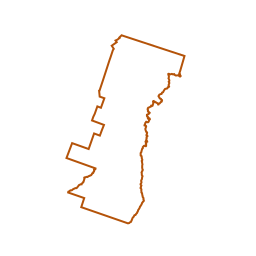 La Matanza, Buenos Aires, Argentina (Albers equal-area conic projection), rotated 336°
{"feature_id": "61730980B21366789082443", "entity_name": "La Matanza", "entity_type": "district", "adm_level": 2, "iso_a3": "ARG", "parent_name": "Argentina", "parent_adm1": "Buenos Aires", "projection": "albers", "projection_center": [-58.605, -34.773], "detail": "fine", "context": "isolated", "style": "outline", "palette": "amber", "viewbox_px": 256, "rotation_deg": 336, "n_neighbors": 0, "source": "geoboundaries", "source_scale": "gbopen_adm2", "svg_char_len": 5766}
<svg xmlns="http://www.w3.org/2000/svg" viewBox="0 0 256 256"><g transform="rotate(336 128 128)"><path d="M208.9,85.2L160.6,41.4L159.9,40.7L156.9,41.8L157.0,42.3L154.6,42.9L153.8,43.0L152.2,43.0L152.6,45.0L146.6,46.2L147.2,49.9L145.9,50.7L140.6,56.5L138.6,58.6L125.1,73.6L116.7,82.8L116.6,82.7L114.9,87.8L118.5,91.2L111.5,98.5L108.8,95.8L103.4,101.5L100.8,103.7L98.2,106.5L107.3,115.4L103.1,119.5L99.2,123.5L94.8,119.2L83.5,131.2L70.8,119.1L59.6,130.4L81.9,151.7L81.6,152.2L81.5,152.3L81.1,152.3L80.4,152.0L80.1,152.1L79.9,152.6L80.0,152.9L80.0,153.0L79.9,153.2L79.5,153.5L79.3,153.9L79.2,154.0L78.7,154.0L78.0,154.5L77.9,154.9L77.7,155.0L77.4,154.9L76.8,154.9L76.1,155.6L75.1,156.1L74.5,156.0L74.2,156.1L73.9,156.0L73.3,156.1L72.8,156.0L72.5,156.0L72.0,156.1L71.7,156.1L71.1,156.3L70.6,155.9L70.2,155.8L69.8,155.8L69.3,155.7L68.3,155.5L67.9,155.5L67.7,155.7L67.6,156.2L67.7,156.5L66.8,157.5L65.8,158.7L65.4,158.8L65.3,159.2L65.1,159.4L64.6,159.6L63.9,159.7L63.7,159.8L63.0,160.3L62.7,160.6L61.8,160.1L61.2,160.2L60.6,160.3L60.2,160.2L59.8,160.3L58.7,161.0L56.6,162.0L56.2,161.9L55.8,161.6L55.1,161.5L54.5,161.6L53.9,161.5L53.4,161.6L52.6,161.6L52.2,161.8L51.5,162.0L51.1,162.0L50.3,161.6L49.7,161.6L49.2,161.7L49.0,161.9L48.6,162.2L48.2,162.3L47.8,161.9L47.6,161.9L47.1,162.6L59.5,174.2L53.1,181.3L89.2,215.1L89.5,215.1L90.4,215.3L91.2,215.0L92.7,214.9L93.2,214.3L94.0,213.7L94.4,213.1L94.6,213.0L94.8,212.9L95.5,212.1L96.1,211.7L96.7,211.6L97.3,211.2L98.4,210.3L98.7,210.3L99.3,210.5L99.5,210.5L100.4,209.8L101.7,209.3L101.8,209.2L102.1,208.7L102.8,208.4L103.2,208.0L103.8,207.2L105.0,206.5L105.5,206.1L106.4,205.5L106.7,205.0L107.0,204.7L107.9,204.3L108.4,203.9L109.2,203.4L110.6,202.0L111.1,201.9L111.5,201.5L112.7,201.1L112.9,200.9L113.1,200.3L113.0,200.0L113.1,199.3L113.2,199.1L113.6,198.5L113.6,197.8L113.4,197.3L113.4,196.7L113.7,196.1L113.8,195.0L114.0,194.4L114.1,194.1L114.1,193.8L114.3,193.3L114.3,193.0L114.0,192.4L114.3,191.9L114.7,190.5L115.1,190.0L115.2,189.7L115.3,188.9L115.1,188.5L115.0,188.0L115.4,187.4L115.8,187.3L116.2,186.6L116.7,186.2L116.9,185.9L116.5,185.0L116.5,184.7L116.8,184.2L117.3,183.9L117.8,183.6L118.3,183.0L118.4,182.6L118.4,181.8L118.6,181.5L118.8,181.2L119.7,180.6L120.7,179.1L120.9,178.6L121.5,178.2L121.7,177.5L121.6,177.1L121.5,176.9L121.5,176.6L122.3,174.6L122.4,174.4L122.3,174.2L123.2,173.2L123.8,173.0L124.0,172.8L124.5,172.2L124.4,171.6L124.5,171.1L124.7,170.5L124.9,169.7L125.2,169.2L125.5,168.4L125.8,168.0L126.0,167.6L126.5,167.0L126.5,166.5L126.9,164.9L127.1,164.7L127.1,164.1L127.1,163.7L127.6,163.4L128.1,163.0L128.2,162.6L128.2,161.9L128.4,160.8L128.6,160.5L128.9,159.4L128.9,158.9L128.5,158.6L128.4,158.4L128.4,158.2L128.8,157.3L129.0,157.1L129.2,156.3L129.7,155.7L130.2,155.6L130.4,155.4L131.5,153.9L132.0,153.4L132.3,152.9L133.2,152.6L133.3,152.4L133.7,151.5L133.9,151.4L134.4,151.3L135.1,150.8L135.3,150.8L135.6,150.8L136.0,150.9L136.2,151.3L136.7,151.8L137.0,151.9L137.3,151.7L137.8,150.6L137.9,150.1L138.2,149.8L138.1,149.3L138.6,148.9L138.7,148.4L138.4,147.9L138.5,147.6L139.0,147.6L139.3,147.9L139.5,148.3L139.8,148.3L140.0,148.3L140.1,147.9L140.1,147.7L139.9,147.5L139.4,147.3L139.3,147.2L139.3,146.9L140.0,146.4L140.1,146.2L140.2,145.6L140.9,145.0L141.0,144.7L141.1,144.1L141.4,143.8L142.2,143.5L142.5,143.3L142.5,142.9L142.0,142.5L141.9,142.3L141.9,142.0L142.0,141.9L142.7,141.2L143.5,140.2L143.6,139.9L143.6,139.6L143.2,139.3L143.1,139.0L143.2,137.2L143.4,136.0L143.5,135.8L143.7,135.6L144.2,135.2L144.8,134.4L145.1,134.2L145.2,133.9L145.3,133.5L145.0,132.8L144.8,132.7L144.3,132.6L144.2,132.5L144.1,132.4L144.2,132.1L145.1,131.4L145.9,130.4L146.6,130.2L147.0,129.8L147.1,129.7L147.4,129.8L148.2,130.7L148.6,130.9L149.5,130.6L150.3,129.6L150.7,129.3L151.5,129.0L151.6,128.8L151.6,128.1L151.4,127.7L151.1,127.5L150.3,127.7L150.2,127.7L150.1,127.3L150.2,127.2L150.6,126.8L150.8,126.2L150.7,125.9L150.3,125.6L150.2,125.5L150.2,124.7L150.4,124.4L150.5,124.2L150.5,123.9L150.7,123.6L152.2,123.7L152.5,123.6L152.7,123.1L152.9,122.9L153.0,122.9L153.4,123.1L153.6,123.2L153.8,123.1L154.0,122.9L153.8,122.4L153.7,122.1L153.3,121.7L153.1,121.4L153.0,120.7L153.1,120.4L153.5,120.1L153.6,119.9L153.5,118.9L153.6,118.7L154.0,118.4L154.2,118.0L154.8,117.7L155.9,117.8L156.8,117.7L157.4,117.7L157.7,117.7L158.0,117.2L158.3,117.0L158.9,117.5L159.0,117.6L159.3,117.7L159.6,117.6L160.1,116.8L160.7,116.3L161.3,115.4L161.4,114.9L161.7,113.9L161.9,113.8L162.1,113.7L162.5,113.8L162.5,114.0L162.3,114.4L162.3,114.8L162.7,115.1L163.1,115.0L163.4,115.1L163.6,115.5L164.0,115.9L164.1,116.1L164.1,116.4L164.2,116.5L164.9,117.2L165.1,117.5L165.1,117.9L165.2,118.3L165.1,118.5L165.1,118.8L165.4,118.9L165.8,118.4L166.1,118.2L166.6,118.4L167.0,118.4L168.6,117.6L169.1,117.7L169.5,117.6L169.7,117.4L170.4,116.5L170.4,116.3L170.0,116.1L169.8,115.9L169.8,115.7L170.0,115.1L170.0,114.9L169.5,114.3L169.0,113.9L169.0,113.7L169.0,113.4L169.1,112.9L169.0,112.7L168.9,112.3L168.8,111.7L168.8,111.3L168.9,111.2L169.4,110.9L169.9,110.5L170.2,110.3L171.7,110.3L172.5,110.5L173.3,109.7L173.6,109.5L174.4,109.6L174.7,109.5L175.9,108.5L177.5,107.5L178.0,107.4L178.7,107.6L179.9,107.8L180.5,107.5L180.8,107.0L181.0,106.9L181.3,106.9L181.9,107.1L182.4,106.9L182.5,106.7L182.4,106.1L182.5,105.3L183.0,104.8L183.9,103.9L184.1,103.7L184.1,103.4L184.0,102.6L184.0,102.3L184.9,101.8L185.1,101.4L185.3,100.4L185.2,99.1L185.8,98.5L186.4,97.4L186.5,96.9L186.5,95.9L186.6,95.4L186.8,95.0L187.2,95.0L187.5,95.2L188.4,96.2L188.9,96.3L190.0,96.4L190.1,96.5L190.5,96.8L190.8,97.3L191.1,97.5L191.6,97.4L192.1,97.5L192.4,98.7L192.9,99.4L193.5,99.7L194.6,100.0L195.5,100.5L196.1,101.7L196.4,102.1L196.7,102.2L197.2,102.0L197.3,101.7L197.1,100.6L197.4,99.9L197.4,99.7L196.9,99.2L199.2,96.7L208.9,85.2Z" fill="none" stroke="#b45309" stroke-width="2"/></g></svg>